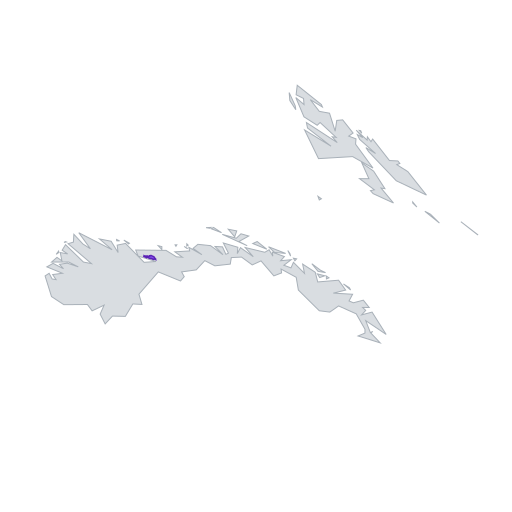 location of Verran nor, Nord-Trøndelag, Norway, rotated 41°
{"feature_id": "86288312B18564926842494", "entity_name": "Verran nor", "entity_type": "district", "adm_level": 2, "iso_a3": "NOR", "parent_name": "Norway", "parent_adm1": "Nord-Trøndelag", "projection": "natural_earth1", "projection_center": [10.876, 63.943], "detail": "fine", "context": "in_parent", "style": "filled", "palette": "violet", "viewbox_px": 512, "rotation_deg": 41, "n_neighbors": 0, "source": "geoboundaries", "source_scale": "gbopen_adm2", "svg_char_len": 5252}
<svg xmlns="http://www.w3.org/2000/svg" viewBox="0 0 512 512"><g transform="rotate(41 256 256)"><path d="M300.3,245.7L283.5,249.4L286.4,252.0L282.5,259.3L263.0,256.4L259.0,265.2L245.8,266.3L238.4,273.4L241.9,279.0L231.4,290.4L220.4,293.1L220.0,305.7L210.3,316.8L215.4,318.7L215.4,324.4L192.7,332.1L192.7,361.6L201.7,367.4L194.5,373.0L197.0,387.3L187.1,395.5L186.7,406.2L176.5,402.1L173.6,392.7L168.3,404.9L160.6,403.2L142.9,418.8L128.3,420.8L109.9,409.4L111.2,404.8L117.2,407.1L120.6,405.0L114.7,403.4L121.3,396.0L105.3,401.4L107.7,394.7L119.1,391.9L113.1,391.2L118.3,385.2L129.0,380.8L118.6,383.4L105.7,394.7L106.7,387.6L112.7,387.0L106.0,381.8L112.5,378.0L105.9,378.8L104.8,372.4L129.7,373.8L136.8,369.7L106.1,370.0L109.1,365.3L104.3,359.1L117.5,360.5L126.3,359.2L107.0,354.7L143.3,345.7L126.7,345.8L137.0,339.9L149.7,343.9L144.1,338.9L149.3,332.1L175.7,334.2L184.1,325.8L167.1,333.4L161.3,330.4L184.4,310.8L196.5,308.8L201.3,305.2L192.0,306.1L202.6,295.7L199.6,293.5L214.3,290.5L203.5,291.5L204.5,285.3L214.9,278.0L230.2,276.7L218.8,275.7L224.7,271.1L232.2,274.5L233.3,271.9L222.8,267.6L236.6,261.3L240.3,266.5L238.8,259.9L254.4,258.3L242.3,256.7L260.2,247.4L261.8,242.7L268.8,245.1L265.8,242.4L277.8,237.8L277.7,243.4L285.0,235.7L283.1,244.7L290.2,242.0L288.4,236.2L304.0,237.3L296.5,231.5L311.4,229.4L319.6,235.1L334.2,220.1L346.0,222.9L338.7,233.3L354.0,221.5L355.7,228.9L360.2,227.4L366.0,218.9L375.2,220.6L370.2,224.9L374.5,225.1L374.3,231.2L380.4,222.2L405.7,229.8L381.2,232.8L392.4,238.7L406.7,240.1L385.5,249.4L388.8,242.7L386.3,239.8L369.6,233.9L351.1,239.5L348.5,249.9L339.7,255.8L310.3,253.9L300.3,245.7ZM232.1,96.4L248.6,99.5L247.3,104.7L254.6,102.0L257.8,106.3L286.6,112.9L263.7,117.6L239.3,141.5L210.0,129.0L240.6,123.9L210.9,125.6L206.5,122.2L242.9,117.1L235.3,116.0L238.7,113.9L216.8,113.2L216.4,117.2L200.9,119.5L182.1,110.3L192.9,110.2L188.5,105.9L180.5,108.0L175.1,100.1L206.0,98.8L208.4,100.0L194.4,102.4L208.9,105.3L217.8,100.0L233.9,109.9L228.0,100.7L232.1,96.4ZM267.3,91.2L294.1,96.4L300.7,91.2L303.9,91.8L302.3,94.7L315.2,92.7L344.7,98.2L312.5,107.2L272.6,103.4L267.8,102.1L279.0,100.2L257.8,100.0L252.8,97.9L258.9,96.6L249.1,95.3L263.8,95.6L261.9,93.0L267.8,94.3L267.3,91.2ZM289.1,114.8L309.1,120.6L305.8,122.7L325.0,125.8L303.5,132.1L299.5,131.6L301.9,128.4L283.4,129.7L290.5,123.6L274.8,116.3L289.1,114.8ZM233.6,256.3L242.6,254.0L216.3,261.8L229.5,255.5L230.1,249.1L237.4,245.7L233.6,256.3ZM247.4,244.3L259.7,243.8L245.4,248.7L247.4,244.3ZM259.4,240.8L276.7,234.6L267.7,241.1L259.4,240.8ZM173.8,110.9L187.0,116.9L190.1,119.5L179.6,116.5L173.8,110.9ZM225.0,249.7L227.3,255.5L217.5,254.0L225.0,249.7ZM319.4,222.9L312.9,226.9L303.2,225.2L314.2,224.4L319.4,222.9ZM320.9,225.8L318.2,230.5L314.1,229.2L320.9,225.8ZM205.2,262.3L214.7,261.0L204.4,264.8L205.2,262.3ZM409.1,94.6L388.1,95.7L409.8,94.4L409.1,94.6ZM360.3,110.0L372.8,110.8L354.1,111.5L360.3,110.0ZM340.3,219.7L347.4,218.7L349.7,219.6L340.3,219.7ZM325.4,224.6L324.2,227.1L322.2,225.0L325.4,224.6ZM288.5,231.5L288.5,234.1L285.7,233.1L288.5,231.5ZM267.8,169.9L267.0,172.2L263.6,170.3L267.8,169.9ZM345.3,113.5L339.5,113.2L338.8,112.4L345.3,113.5ZM178.8,310.7L180.7,312.9L175.4,312.4L178.8,310.7ZM276.4,231.0L280.0,231.9L282.2,233.4L276.4,231.0ZM252.8,92.7L255.3,94.0L251.5,93.5L252.8,92.7ZM151.9,330.5L145.8,330.7L152.1,329.4L151.9,330.5ZM143.2,334.1L140.9,335.9L139.9,335.0L143.2,334.1ZM202.9,265.4L199.7,267.4L203.2,264.0L202.9,265.4ZM104.9,382.7L104.1,385.8L103.8,381.8L104.9,382.7ZM197.2,293.9L195.8,292.2L197.7,292.3L197.2,293.9ZM393.7,236.3L393.2,238.3L392.9,238.0L393.7,236.3ZM198.9,295.6L195.5,295.9L199.6,295.2L198.9,295.6ZM188.9,299.5L189.2,301.2L187.6,300.7L188.9,299.5ZM103.7,369.8L102.2,371.7L102.6,370.2L103.7,369.8Z" fill="#d9dde1" stroke="#a8b0b8" stroke-width="1"/><path d="M174.2,328.8L173.9,328.9L173.8,329.0L173.7,329.0L173.7,328.9L173.8,328.9L174.0,328.7L174.3,328.6L174.5,328.5L174.5,328.4L174.8,328.3L174.9,328.2L175.0,328.2L175.3,328.1L175.6,328.0L175.9,327.9L176.1,327.9L176.5,327.8L176.6,327.7L176.9,327.7L177.0,327.6L177.3,327.5L177.4,327.4L177.5,327.4L177.8,327.3L177.8,327.2L178.0,327.1L178.2,326.9L178.2,327.0L178.2,326.9L178.3,326.9L178.5,326.7L178.8,326.6L178.7,326.6L178.8,326.5L179.0,326.5L179.1,326.4L179.3,326.3L179.5,326.3L179.5,326.2L179.9,326.1L180.0,326.1L180.3,326.0L180.5,326.0L180.6,325.9L180.8,325.8L180.9,325.7L180.9,325.8L181.0,325.8L181.1,325.7L181.2,325.4L181.2,325.2L181.1,324.9L181.2,324.7L181.3,324.7L181.7,324.7L181.8,324.6L182.0,324.5L182.3,324.4L182.5,324.4L182.4,324.3L182.2,324.3L182.3,324.3L182.3,324.2L182.2,324.1L181.9,324.2L181.5,324.1L181.4,324.1L181.2,324.1L180.7,324.0L180.7,323.9L180.4,323.8L180.2,323.7L179.9,323.7L179.3,323.6L177.1,324.3L176.5,324.5L176.4,324.5L176.4,324.8L176.3,325.0L175.9,325.3L175.7,325.4L175.6,325.5L175.8,325.7L175.9,325.8L175.8,326.0L175.7,326.2L175.5,326.3L175.4,326.5L175.1,326.7L175.1,326.8L173.9,327.3L173.4,327.9L172.8,328.3L172.7,328.5L172.4,328.8L171.9,329.4L171.8,329.1L171.5,329.2L171.8,329.4L171.8,329.5L171.7,329.5L171.8,329.5L171.8,329.9L172.1,329.8L172.2,329.7L172.4,329.7L172.8,329.5L173.0,329.4L173.3,329.3L173.5,329.3L173.7,329.2L173.9,329.1L174.1,329.1L174.4,329.1L174.4,328.9L174.2,328.8L174.2,328.8Z" fill="#8b5cf6" stroke="#5b21b6" stroke-width="1.5"/></g></svg>